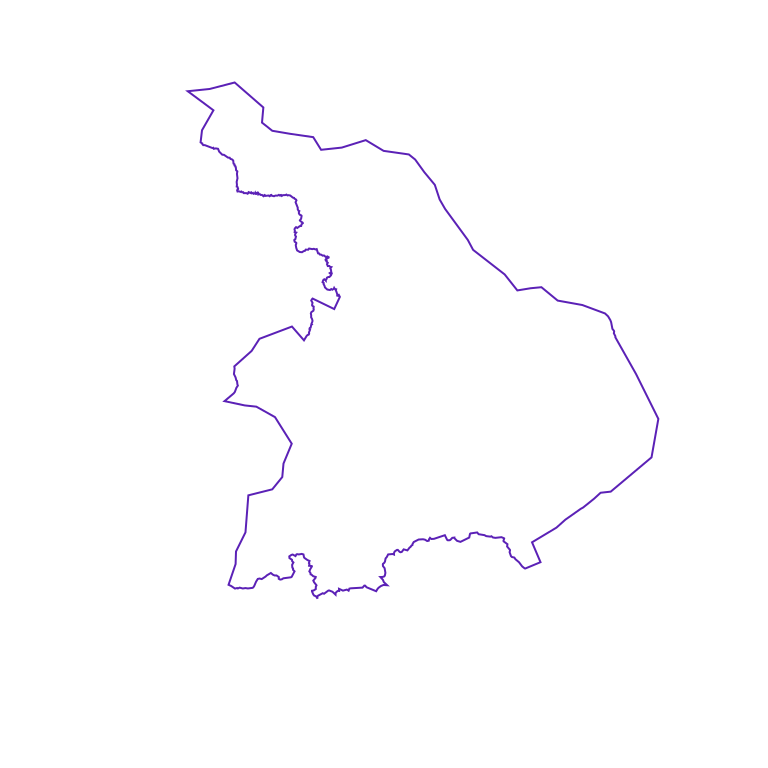 Cecerleg, Hövsgöl, Mongolia, rotated 198°
{"feature_id": "93677404B82623555846083", "entity_name": "Cecerleg", "entity_type": "district", "adm_level": 2, "iso_a3": "MNG", "parent_name": "Mongolia", "parent_adm1": "Hövsgöl", "projection": "albers", "projection_center": [98.091, 49.505], "detail": "fine", "context": "isolated", "style": "outline", "palette": "violet", "viewbox_px": 768, "rotation_deg": 198, "n_neighbors": 0, "source": "geoboundaries", "source_scale": "gbopen_adm2", "svg_char_len": 6166}
<svg xmlns="http://www.w3.org/2000/svg" viewBox="0 0 768 768"><g transform="rotate(198 384 384)"><path d="M106.9,396.9L112.3,435.6L147.3,471.3L178.4,499.9L178.7,500.9L181.1,503.3L181.3,505.0L181.8,505.7L183.8,507.0L187.1,513.0L188.5,514.7L191.8,517.6L195.6,519.4L219.8,520.4L244.6,517.0L264.2,524.7L274.1,520.4L286.1,514.2L303.1,525.5L340.7,539.1L348.8,546.9L380.0,569.4L388.1,576.7L397.2,589.1L411.1,597.9L423.7,607.1L431.3,610.0L456.4,605.6L476.7,610.3L497.2,595.8L516.2,587.3L527.6,596.9L550.8,592.9L568.5,590.3L580.8,594.9L584.2,609.7L619.2,624.6L641.0,610.7L661.1,601.8L630.8,591.6L635.5,569.1L633.1,557.1L631.1,556.6L630.9,556.0L629.7,555.3L628.3,555.8L619.9,555.4L619.3,555.9L618.5,555.1L616.8,556.1L614.5,556.4L612.6,554.1L608.7,552.1L607.0,552.5L602.3,551.1L600.7,551.5L599.5,550.6L598.2,550.7L596.5,550.0L595.2,547.1L594.0,546.7L593.7,545.6L592.7,545.3L592.4,544.6L592.0,544.5L590.7,541.6L589.2,540.9L588.8,538.4L586.9,534.4L586.6,530.7L585.4,528.0L585.1,526.3L584.4,526.3L583.1,524.7L583.0,524.3L583.5,523.8L583.5,522.7L582.8,521.8L581.7,522.4L579.7,522.4L579.1,523.0L578.1,522.5L577.1,522.9L576.3,522.2L573.8,523.0L572.5,522.8L572.2,523.3L572.2,524.3L572.0,524.7L570.6,524.4L569.7,525.1L569.4,524.4L568.7,524.4L567.7,525.3L566.8,524.6L565.7,525.4L565.6,526.0L565.0,525.2L564.5,525.1L564.2,525.3L564.4,526.1L563.2,527.2L562.7,527.0L562.1,525.4L560.8,526.2L559.7,525.7L558.4,526.1L556.6,525.3L556.2,525.7L556.2,526.6L555.9,526.9L554.8,526.3L552.0,527.6L550.8,527.2L550.3,527.8L550.2,528.6L549.6,529.0L548.8,528.4L546.6,528.6L545.6,529.6L543.4,530.3L542.4,531.4L541.1,531.0L540.7,531.8L540.3,532.0L539.3,531.3L538.6,532.3L536.2,533.2L535.3,534.0L534.1,533.5L533.1,534.1L531.4,534.3L528.3,533.1L527.0,533.2L526.6,532.7L524.6,532.2L524.0,531.6L524.3,529.6L520.5,525.0L520.1,523.6L518.8,522.3L518.0,522.3L517.9,520.5L517.6,519.9L516.5,519.0L514.8,518.8L514.3,518.4L513.9,515.5L514.6,513.7L513.9,513.1L511.2,512.3L510.9,511.9L511.8,510.3L511.6,508.7L512.9,508.1L514.7,505.6L516.1,506.0L516.9,504.4L516.9,503.4L516.1,502.2L515.9,500.8L514.3,500.9L514.7,499.7L514.7,498.5L514.4,497.8L513.3,497.1L513.1,494.3L513.8,493.4L513.7,492.9L512.9,491.7L511.1,491.2L510.8,490.4L510.9,488.9L509.5,486.3L507.9,484.2L504.9,483.5L502.7,484.0L501.5,485.5L500.3,486.3L500.0,487.6L497.6,488.3L497.1,489.7L493.9,490.1L492.5,490.9L490.7,490.8L489.7,491.5L487.1,487.9L486.0,488.1L485.1,487.3L483.6,487.6L482.0,487.1L480.8,487.7L478.3,486.7L477.9,486.9L477.4,487.8L475.8,487.5L475.7,487.1L477.9,484.8L478.0,484.0L477.3,483.5L475.8,483.8L476.5,483.3L476.5,482.7L474.9,481.9L475.3,480.4L473.9,478.8L472.5,479.3L471.3,478.8L470.2,478.9L470.8,477.4L469.8,476.3L468.7,474.1L469.9,472.7L468.9,472.2L467.9,472.6L468.0,470.9L469.0,468.9L470.1,468.5L471.1,467.5L471.1,466.0L471.6,465.3L471.3,464.3L473.0,465.2L473.7,464.6L473.9,463.7L473.9,461.8L472.5,461.4L472.3,460.3L471.0,459.1L470.0,457.6L467.1,456.3L464.4,456.7L463.5,458.0L462.3,457.7L461.2,459.0L461.1,460.0L460.2,459.2L458.8,459.3L458.8,458.1L458.1,457.5L456.2,454.9L455.8,453.6L454.9,453.7L454.9,454.7L454.6,454.9L452.9,453.2L454.5,439.9L478.3,443.2L478.7,442.4L479.0,440.9L477.1,439.2L476.8,436.8L476.2,436.2L474.8,435.9L474.3,433.8L473.9,433.4L473.8,431.9L475.3,429.9L475.4,428.5L474.5,426.9L473.9,424.9L472.6,423.7L471.6,422.2L471.4,421.2L471.6,418.8L471.0,418.4L471.5,417.9L471.2,414.9L471.9,414.3L471.9,413.2L471.1,412.8L471.3,409.8L470.8,408.9L470.8,408.1L471.0,407.5L471.7,407.2L472.4,405.9L473.6,400.8L489.3,410.2L516.4,388.5L520.1,374.6L531.8,354.5L530.8,352.4L529.8,347.1L527.2,344.4L525.7,342.0L524.7,341.4L523.4,338.5L522.5,337.3L523.2,334.9L523.4,330.4L524.0,328.7L530.4,318.4L509.8,320.6L498.4,323.0L477.4,318.8L453.3,298.7L455.0,277.3L452.0,264.1L457.7,249.3L478.6,236.2L469.9,200.1L473.0,179.0L469.5,166.9L469.8,145.0L467.1,144.7L462.5,143.4L460.6,144.6L459.8,144.4L458.4,145.7L455.1,145.9L452.7,147.1L450.3,147.5L446.2,149.4L445.5,150.1L445.0,151.9L444.6,156.4L443.8,159.6L442.3,160.5L440.0,160.7L437.1,164.3L436.3,165.8L433.2,169.3L430.7,168.3L428.8,168.1L427.0,168.7L424.4,167.9L423.9,166.2L422.3,165.9L420.8,166.7L419.7,168.1L412.8,171.4L412.2,172.1L411.2,178.2L413.1,179.2L413.5,180.5L414.4,181.0L415.5,183.6L415.0,186.3L416.5,187.0L417.2,188.4L420.1,189.2L420.8,190.8L419.2,192.9L418.1,193.6L415.0,193.0L414.7,194.7L414.1,195.3L412.3,195.6L409.7,197.0L407.9,197.0L406.6,194.6L405.9,194.0L402.3,192.9L400.1,192.7L400.1,190.5L399.3,189.8L399.1,188.0L396.4,188.5L396.2,188.2L396.9,185.3L397.1,182.7L395.7,181.7L395.0,180.3L394.1,180.3L391.9,179.3L389.3,179.4L389.2,178.4L390.5,175.2L389.3,173.9L386.0,171.7L386.2,170.1L385.5,167.9L387.1,165.9L388.6,165.1L388.4,164.5L386.2,162.0L385.0,161.2L383.0,161.1L380.9,159.3L381.7,161.1L381.4,162.2L377.6,166.1L376.2,166.0L373.3,170.1L372.5,170.7L368.8,170.5L365.0,168.7L365.5,170.4L364.3,172.6L363.7,173.1L362.7,173.3L363.5,175.3L359.2,174.8L355.8,177.0L353.8,176.5L353.7,178.7L352.5,179.4L341.5,183.7L340.4,186.2L339.6,186.4L337.8,185.3L327.4,184.5L326.8,187.2L326.1,188.7L324.5,190.9L322.4,192.7L318.8,193.6L322.9,195.5L324.6,197.5L327.8,199.3L325.8,200.0L324.3,201.1L324.0,202.1L324.3,204.8L326.5,209.0L328.7,210.5L329.3,211.9L329.4,212.6L328.5,214.0L328.2,215.4L328.6,218.6L327.9,220.2L327.4,223.2L323.2,225.0L321.8,224.9L322.2,225.9L322.2,227.4L321.9,228.3L320.4,230.2L319.6,230.5L317.3,229.2L316.3,229.1L315.2,229.8L314.2,232.8L310.3,233.0L309.1,236.4L308.5,237.1L307.9,238.9L307.2,239.6L307.4,240.7L306.9,242.9L303.0,246.8L298.9,248.4L296.9,248.6L294.4,248.0L293.0,248.8L293.2,250.2L292.7,251.9L291.1,251.2L288.6,252.2L279.4,259.0L275.8,255.3L275.1,255.1L273.3,255.7L272.7,256.3L271.5,258.8L269.6,259.7L269.4,259.1L266.0,257.4L262.5,257.5L255.5,264.3L255.9,268.0L255.6,268.6L249.5,271.6L247.6,270.4L241.7,271.3L239.8,270.9L235.7,271.7L234.8,272.4L233.0,271.7L230.5,272.1L225.0,274.6L222.3,274.4L222.0,274.3L221.9,271.7L221.6,271.3L217.1,269.8L216.7,267.5L213.0,265.2L212.7,264.6L212.6,262.9L210.1,259.6L209.0,259.0L206.4,259.2L204.9,258.0L200.5,256.2L196.2,253.2L193.2,252.1L192.6,252.2L180.1,262.9L194.3,279.2L175.6,300.7L169.6,311.0L158.3,326.1L156.5,328.0L148.7,339.9L144.4,347.5L135.1,351.7L106.9,396.9Z" fill="none" stroke="#5b21b6" stroke-width="2"/></g></svg>